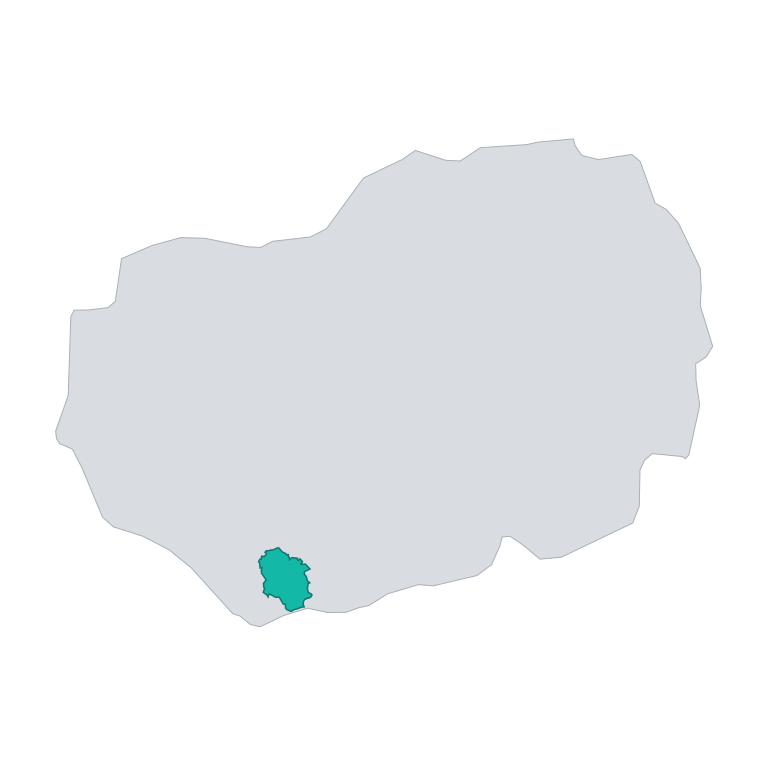 Rankovtse, Rankovce, North Macedonia shown in context, rotated 178°
{"feature_id": "65306769B9482621128818", "entity_name": "Rankovtse", "entity_type": "district", "adm_level": 2, "iso_a3": "MKD", "parent_name": "North Macedonia", "parent_adm1": "Rankovce", "projection": "robinson", "projection_center": [22.13, 42.211], "detail": "fine", "context": "in_parent", "style": "filled", "palette": "teal", "viewbox_px": 768, "rotation_deg": 178, "n_neighbors": 0, "source": "geoboundaries", "source_scale": "gbopen_adm2", "svg_char_len": 2248}
<svg xmlns="http://www.w3.org/2000/svg" viewBox="0 0 768 768"><g transform="rotate(178 384 384)"><path d="M342.2,180.6L356.6,182.3L387.7,174.2L407.1,163.0L416.9,161.4L430.0,157.1L448.9,157.7L468.1,162.6L492.4,156.1L516.3,145.7L525.9,148.3L536.2,157.2L543.1,159.6L582.8,206.7L604.5,225.7L630.2,240.2L659.5,250.7L670.0,260.9L688.8,310.9L697.8,329.9L710.2,335.6L713.2,341.1L713.8,348.3L700.0,383.5L694.6,462.4L691.1,468.6L676.5,468.3L657.0,470.0L649.6,476.1L641.9,518.5L610.6,530.6L582.1,537.4L558.1,535.9L515.9,525.9L502.2,524.8L490.4,530.5L452.7,533.5L436.2,541.0L397.3,590.6L358.0,607.7L344.5,616.3L314.5,605.4L300.1,604.2L279.3,616.9L233.6,618.2L221.3,620.4L186.1,622.3L184.7,615.5L178.3,605.5L161.9,600.8L128.4,604.8L120.2,597.5L106.8,555.4L96.0,548.7L84.1,534.5L64.0,488.7L63.7,468.7L65.2,451.2L54.2,410.1L61.2,399.8L71.8,393.3L72.0,376.7L69.2,351.6L81.9,302.4L85.3,298.8L88.5,301.1L118.4,305.1L126.2,298.8L131.2,289.1L133.1,253.1L140.3,236.4L212.9,204.7L234.2,203.5L250.5,218.1L263.4,227.4L271.1,227.1L274.0,217.7L282.8,199.7L297.7,189.4L341.8,180.6L342.2,180.6Z" fill="#d9dde1" stroke="#a8b0b8" stroke-width="1"/><path d="M512.4,215.7L512.9,213.3L514.2,213.2L515.5,210.7L514.5,209.2L514.3,204.4L512.3,204.8L513.1,202.1L513.0,199.2L508.6,192.4L511.4,189.0L511.3,185.3L510.5,183.8L512.0,180.0L508.0,176.9L507.3,175.3L506.1,178.4L499.8,174.6L496.1,174.6L492.4,167.6L490.3,167.2L490.2,163.4L488.8,161.7L487.3,161.3L486.9,161.0L486.4,160.5L485.2,160.2L484.2,160.1L483.6,160.6L483.1,161.0L482.8,161.2L480.5,162.0L478.8,162.3L477.9,162.6L475.6,163.4L472.8,164.0L471.8,164.1L471.6,164.1L472.5,166.7L472.0,169.6L470.6,171.8L469.4,171.8L468.1,172.9L467.5,172.5L464.9,173.3L463.3,175.6L464.4,177.0L466.9,178.2L467.9,183.1L467.2,183.9L466.9,187.1L465.1,187.9L467.4,189.9L468.4,194.4L470.0,196.3L470.3,197.9L469.9,199.3L464.4,201.7L468.8,206.7L473.2,206.6L473.4,207.4L472.4,207.8L471.7,209.4L474.0,212.1L475.8,210.5L476.8,211.4L476.4,212.8L481.9,213.7L484.7,211.8L484.6,214.0L485.9,215.5L485.5,216.8L487.3,216.8L488.1,218.0L491.5,219.7L494.9,223.9L496.4,223.9L500.6,222.1L503.2,222.1L503.9,221.5L507.6,221.4L508.8,219.9L507.4,218.3L507.8,217.6L509.9,215.6L511.3,216.2L512.1,215.3L512.4,215.7Z" fill="#14b8a6" stroke="#0f766e" stroke-width="1.5"/></g></svg>